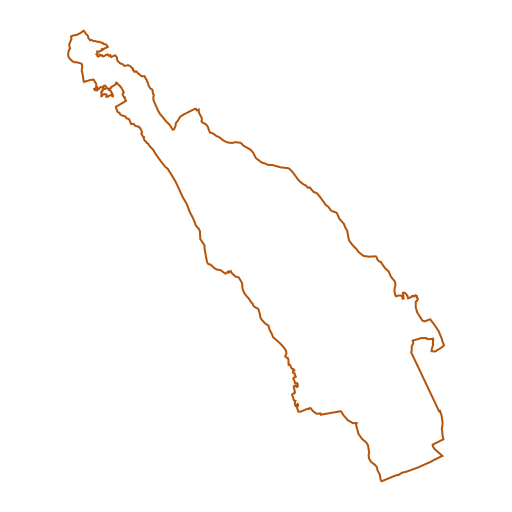 the district of Colonesti, Bacau, Romania
{"feature_id": "2599482B76470777389020", "entity_name": "Colonesti", "entity_type": "district", "adm_level": 2, "iso_a3": "ROU", "parent_name": "Romania", "parent_adm1": "Bacau", "projection": "albers", "projection_center": [27.253, 46.606], "detail": "fine", "context": "isolated", "style": "outline", "palette": "amber", "viewbox_px": 512, "rotation_deg": 0, "n_neighbors": 0, "source": "geoboundaries", "source_scale": "gbopen_adm2", "svg_char_len": 5886}
<svg xmlns="http://www.w3.org/2000/svg" viewBox="0 0 512 512"><path d="M381.5,481.3L394.6,475.9L397.3,475.0L398.4,475.1L400.5,473.6L402.9,472.5L407.0,471.5L417.4,467.7L431.0,461.7L433.3,460.3L442.4,455.9L434.7,449.2L433.0,446.6L432.6,444.7L443.4,439.3L442.5,435.4L442.1,430.2L441.7,428.4L442.3,426.7L442.6,422.7L441.5,415.3L440.0,410.9L439.1,411.3L411.3,352.6L411.7,350.4L411.8,346.1L413.3,343.5L412.7,340.6L421.8,338.0L426.6,338.1L426.9,338.9L428.4,339.2L433.1,338.7L433.1,339.2L432.8,339.2L432.9,340.4L433.2,340.6L432.8,343.0L433.2,344.5L431.8,348.8L431.6,351.2L435.1,351.5L441.0,347.9L443.9,345.5L443.7,344.3L442.5,341.7L441.8,338.8L438.7,331.3L434.4,324.8L430.2,319.3L424.5,321.4L422.3,320.5L417.2,312.5L415.7,307.0L415.8,301.7L417.0,300.8L417.9,299.3L417.7,298.5L416.9,297.8L417.0,296.4L416.6,295.8L415.7,295.3L415.2,295.4L414.6,296.5L414.2,296.4L414.1,295.8L412.0,296.1L412.0,296.7L408.1,298.4L407.4,295.8L407.1,295.8L406.3,294.1L404.3,292.6L402.9,292.9L403.7,298.5L402.6,298.7L402.2,296.5L401.1,295.5L398.6,295.5L396.0,296.3L395.4,295.5L394.4,291.0L394.7,287.9L395.4,285.2L395.3,283.4L394.7,281.3L390.9,276.6L388.7,271.5L384.7,267.8L381.0,262.2L379.2,261.4L377.4,259.6L376.9,257.7L375.8,256.3L368.5,256.7L363.4,255.9L358.4,251.9L356.6,249.2L352.7,245.3L349.5,241.1L348.6,238.8L347.2,230.6L345.4,227.8L343.8,223.7L339.5,219.0L336.9,213.1L335.4,212.2L332.4,211.3L330.6,210.1L328.6,207.1L325.6,204.7L319.8,196.6L316.8,193.2L313.4,191.8L309.6,187.3L308.0,187.8L305.8,185.5L303.5,184.4L300.0,181.6L297.6,179.0L293.1,172.7L289.6,168.9L287.9,168.1L280.8,167.4L272.4,165.0L268.1,164.9L265.1,163.5L261.8,162.6L255.8,158.0L253.2,152.7L250.3,149.5L243.8,145.9L240.6,142.8L235.4,142.2L232.0,143.0L227.3,142.4L223.4,140.5L220.2,137.9L218.4,136.7L216.6,136.2L213.3,133.6L209.9,132.4L208.3,128.6L208.2,127.6L206.9,125.3L204.6,123.5L202.8,122.8L201.5,121.3L201.9,119.6L201.5,117.5L198.9,112.6L198.7,109.6L197.3,110.4L196.6,110.3L196.1,108.9L194.8,108.9L184.0,114.3L180.2,116.7L178.0,120.5L175.9,123.0L175.6,125.7L174.1,129.3L172.7,129.7L169.7,124.8L166.2,121.5L161.9,116.1L160.4,114.6L158.1,110.7L153.4,100.0L153.4,96.8L153.8,94.9L153.0,93.7L153.0,92.9L152.6,92.3L152.7,90.4L151.7,89.1L150.4,88.6L148.7,85.8L147.5,81.8L146.8,81.1L146.9,80.1L145.4,78.2L144.6,76.2L141.8,76.3L137.4,72.8L136.7,71.5L135.2,71.3L134.8,71.9L134.0,71.4L132.7,69.5L132.9,69.2L132.6,68.7L132.8,68.4L130.2,66.2L128.4,65.2L124.2,65.9L122.7,64.2L119.8,63.2L119.6,62.6L117.8,61.3L117.1,59.7L116.9,57.4L115.2,55.3L111.1,57.0L110.3,55.1L108.9,55.9L107.6,54.3L103.0,56.5L102.1,55.9L102.1,55.3L99.8,54.7L99.9,55.6L98.8,56.5L97.6,56.3L97.3,55.1L96.5,54.4L97.4,53.8L97.1,51.6L99.1,51.6L102.3,50.1L101.7,49.3L102.4,48.8L103.8,48.9L107.8,46.9L106.2,44.5L103.8,44.1L103.4,43.3L102.6,43.3L102.1,42.7L100.0,42.3L99.2,41.7L97.6,41.9L95.5,41.1L94.0,41.2L91.3,39.9L90.1,40.3L88.2,37.7L88.1,36.5L87.6,35.4L85.7,33.7L85.2,32.5L83.6,30.7L80.5,33.0L76.9,34.8L72.5,35.7L71.0,36.5L71.5,38.9L69.5,43.5L69.2,45.3L70.1,48.6L69.2,49.5L68.3,52.6L68.1,55.2L68.4,56.5L69.9,58.9L72.6,61.4L75.1,62.4L76.1,62.1L81.4,63.6L81.9,64.3L82.3,66.7L82.0,67.6L81.8,71.0L82.8,75.1L83.5,80.7L84.1,81.9L84.7,81.3L85.6,81.5L90.2,80.0L93.6,79.6L96.4,84.2L96.1,86.6L97.1,87.0L97.1,87.8L94.2,88.8L94.9,90.2L96.3,90.0L97.2,90.4L97.5,89.5L99.2,88.8L99.5,87.7L101.0,87.0L102.1,87.5L103.3,87.0L103.5,86.0L105.0,85.5L106.3,86.9L106.9,88.3L104.4,89.0L104.1,88.6L102.5,89.9L102.6,91.0L101.5,91.4L101.2,91.9L101.2,92.8L101.6,93.0L101.3,96.2L101.8,96.2L102.7,94.8L104.3,94.0L104.8,94.4L106.5,94.5L106.4,96.9L107.2,96.9L111.1,94.8L111.7,94.8L112.2,96.2L112.8,96.4L112.8,94.9L110.6,90.7L108.7,89.9L108.3,88.6L110.0,88.8L111.2,87.7L111.0,87.3L115.9,84.2L115.9,82.9L116.5,82.6L121.0,87.2L123.7,92.0L123.6,92.7L123.2,92.8L122.6,94.4L123.9,97.2L124.9,97.4L124.8,98.4L126.0,100.9L115.9,106.8L116.4,109.0L117.0,110.0L117.1,111.1L117.8,112.1L119.5,112.9L120.2,114.5L122.4,115.6L125.3,116.4L125.8,117.5L127.0,118.5L129.1,119.2L131.2,124.1L133.6,123.8L135.3,125.9L138.6,126.7L138.8,127.2L139.5,127.3L140.8,129.3L142.1,132.4L141.4,133.8L143.1,136.8L144.1,137.2L143.7,138.5L144.7,140.7L146.5,142.1L146.7,142.9L148.0,143.6L149.7,146.2L153.3,149.9L155.6,153.9L160.7,161.1L165.5,167.1L167.7,168.8L170.9,173.8L175.8,182.1L183.0,197.7L186.7,203.8L189.2,210.7L193.3,218.9L195.0,222.7L195.5,224.9L197.2,227.3L198.7,228.6L199.9,231.1L200.3,239.0L204.5,245.4L204.5,248.1L205.5,254.0L207.0,261.9L207.7,263.2L208.4,264.1L210.5,264.6L214.8,268.5L216.6,269.4L220.6,270.2L225.1,273.5L225.8,273.6L228.1,271.5L228.6,271.4L228.8,272.5L230.8,271.2L231.8,273.1L235.4,276.5L238.8,277.5L241.9,282.8L242.4,284.9L242.3,286.9L242.7,289.4L244.3,293.1L247.4,297.2L248.4,297.9L251.1,302.3L252.6,303.6L253.2,305.4L255.1,307.3L257.7,308.5L258.4,309.3L259.7,313.5L260.3,317.0L261.2,319.2L265.0,323.3L268.6,325.8L269.1,328.2L270.1,330.8L271.6,333.4L273.1,337.2L279.7,343.0L283.2,346.7L285.8,350.4L286.5,353.4L285.2,356.3L286.2,357.5L287.7,357.8L288.4,359.6L288.6,364.8L289.8,364.7L291.6,368.4L293.4,369.1L294.2,370.2L293.3,370.4L293.3,371.1L292.9,371.4L292.9,372.5L293.8,373.2L294.6,373.2L294.8,374.9L295.8,376.5L295.7,376.9L294.6,377.2L293.2,378.5L294.4,380.7L295.2,383.4L297.1,383.1L297.6,383.8L297.8,386.4L296.4,387.0L295.8,385.6L293.8,386.2L293.8,387.7L294.9,391.9L294.6,392.0L294.6,393.2L293.1,393.6L292.1,394.6L294.0,400.4L295.4,400.9L295.0,401.6L294.9,403.7L295.5,405.9L296.7,406.6L296.6,404.9L297.7,403.9L298.0,404.4L298.1,405.7L297.5,405.7L297.0,407.6L298.3,411.7L300.4,411.7L307.8,408.7L308.8,409.1L309.8,408.0L310.9,408.4L312.8,411.0L316.1,413.4L316.8,413.8L320.4,413.4L320.8,414.7L340.7,411.2L342.0,412.8L343.6,415.4L347.8,420.2L353.0,423.2L356.7,423.0L356.1,425.1L358.5,433.9L362.1,439.0L366.3,442.5L368.0,445.4L369.1,452.4L369.2,453.3L368.6,454.9L369.0,458.4L370.9,461.7L375.2,465.1L376.6,466.8L377.1,467.7L377.4,470.1L379.8,474.6L380.6,479.4L381.5,481.3Z" fill="none" stroke="#b45309" stroke-width="2"/></svg>